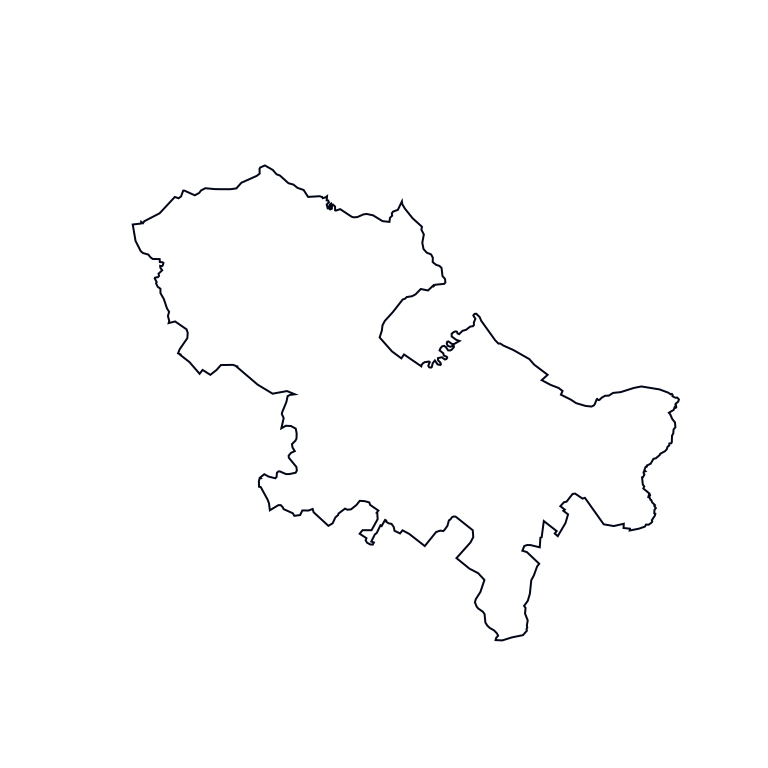 the district of Tulang Bawang Barat, Lampung, Indonesia, rotated 128°
{"feature_id": "22746128B7348236235073", "entity_name": "Tulang Bawang Barat", "entity_type": "district", "adm_level": 2, "iso_a3": "IDN", "parent_name": "Indonesia", "parent_adm1": "Lampung", "projection": "albers", "projection_center": [105.087, -4.433], "detail": "fine", "context": "isolated", "style": "outline", "palette": "ink", "viewbox_px": 768, "rotation_deg": 128, "n_neighbors": 0, "source": "geoboundaries", "source_scale": "gbopen_adm2", "svg_char_len": 6151}
<svg xmlns="http://www.w3.org/2000/svg" viewBox="0 0 768 768"><g transform="rotate(128 384 384)"><path d="M486.6,565.2L486.0,562.7L486.5,562.7L486.5,550.7L489.5,535.6L484.6,535.6L483.7,526.5L476.1,524.6L469.5,524.2L461.9,514.8L460.6,510.8L461.1,510.9L462.3,483.2L460.2,465.8L449.3,456.1L447.0,447.9L450.3,451.2L452.8,452.5L458.4,449.8L469.2,446.8L470.6,446.0L472.6,442.1L482.1,437.6L477.3,435.6L474.4,431.4L473.5,426.1L476.7,422.4L480.8,419.4L483.2,418.9L488.1,419.5L490.4,416.9L491.8,413.0L495.5,414.9L499.2,415.0L500.7,413.6L503.3,402.0L505.8,399.4L508.3,399.0L513.2,403.1L515.3,405.7L517.0,412.3L517.9,413.4L519.8,413.7L523.5,411.4L525.2,411.6L528.0,417.9L528.8,422.8L533.9,424.0L534.1,423.0L535.1,423.9L537.7,422.7L541.9,419.2L541.1,417.7L546.7,404.7L548.8,401.2L553.8,396.2L544.6,392.7L543.0,390.8L543.4,388.1L544.4,386.0L542.0,376.3L543.1,373.5L538.9,369.4L533.9,370.5L530.2,365.6L526.4,363.3L528.4,360.5L530.0,340.5L525.4,338.7L519.0,340.2L515.7,339.5L514.1,340.1L506.2,338.0L505.6,335.4L503.0,332.8L496.2,331.2L491.0,331.2L488.1,326.9L486.4,322.7L487.8,320.4L487.2,310.5L489.9,310.5L489.7,310.0L494.4,305.8L506.9,303.8L512.4,310.9L517.0,311.0L516.3,302.9L518.5,302.2L519.5,299.7L518.9,296.1L517.5,294.0L515.1,294.4L516.0,297.0L513.6,297.5L508.2,298.6L505.9,298.0L497.5,299.8L497.4,298.4L490.5,299.5L490.2,298.2L491.2,297.4L490.8,294.2L489.6,292.0L490.7,288.2L493.2,285.4L491.9,279.4L487.9,279.3L486.6,271.9L486.6,252.1L468.5,251.8L464.8,249.3L463.6,246.9L462.2,246.5L456.7,246.7L451.5,248.9L450.0,248.3L447.1,248.4L445.5,247.5L444.4,245.8L444.6,224.0L449.7,219.4L455.7,218.3L476.6,219.7L476.9,202.9L475.1,193.3L476.6,184.2L488.5,180.0L497.0,179.2L500.0,178.0L502.3,174.1L502.9,171.7L502.6,165.9L503.4,163.1L509.6,157.2L510.8,153.8L511.1,150.6L510.4,145.4L511.0,141.4L512.1,139.1L515.1,139.3L517.1,138.4L513.2,132.9L504.9,127.2L496.4,119.9L490.5,119.5L489.2,120.9L487.8,121.1L486.3,122.8L481.8,125.2L478.1,131.5L473.3,134.6L472.6,137.0L466.4,137.2L459.5,139.9L448.0,147.1L442.4,148.1L433.6,151.0L430.1,151.0L428.5,168.0L430.2,172.3L425.3,173.7L422.7,172.0L420.7,169.3L416.8,160.7L408.9,166.1L407.7,165.4L393.6,173.7L393.6,157.4L396.7,157.4L396.9,153.4L381.8,155.4L373.4,158.7L373.5,164.6L371.7,164.2L371.7,169.8L366.4,169.4L364.3,167.7L354.7,167.7L352.7,166.0L352.1,157.0L350.0,155.6L359.3,124.5L354.5,115.5L346.5,109.0L350.0,106.6L346.6,101.1L348.2,100.2L341.0,94.0L335.7,90.6L333.5,91.0L331.9,88.8L328.3,87.8L327.1,88.0L326.4,89.1L321.0,89.5L319.2,90.3L319.5,91.4L316.7,93.4L314.4,93.4L313.7,95.9L312.6,95.9L312.2,99.7L310.9,102.0L311.2,102.7L310.1,104.6L310.3,105.7L308.0,105.7L307.7,106.1L309.2,106.6L306.9,107.6L306.7,115.3L304.5,115.9L303.9,118.1L298.7,123.2L298.0,122.6L295.1,123.0L294.2,124.8L293.3,125.2L291.8,124.3L291.8,125.7L288.5,126.8L287.2,126.0L286.5,126.7L282.7,124.8L277.0,125.6L275.3,124.1L270.2,123.0L269.0,123.4L264.0,121.2L261.3,121.0L258.9,121.9L256.9,121.4L255.2,122.5L253.8,121.2L252.8,121.3L247.4,125.2L244.7,125.7L241.6,127.8L238.6,127.8L235.1,131.1L234.2,135.1L231.7,139.8L231.3,141.8L226.0,139.8L223.4,140.7L223.2,139.5L222.5,139.3L220.9,140.9L221.0,141.6L219.8,142.0L216.8,141.3L214.6,142.1L214.2,144.6L215.5,146.0L216.0,149.1L214.9,149.8L214.6,151.1L215.6,151.6L215.8,154.6L218.6,163.5L227.5,179.7L233.3,184.7L244.7,192.5L250.0,198.0L254.8,199.7L257.1,202.5L260.7,204.0L263.8,204.4L264.7,205.1L264.5,206.8L265.1,207.0L270.1,205.5L271.9,205.5L274.1,206.7L277.2,211.7L280.8,220.8L281.3,227.2L283.5,238.0L279.6,239.0L279.6,243.9L282.1,252.1L283.9,262.1L276.0,260.7L276.3,277.5L274.9,284.8L277.6,303.1L280.2,313.5L280.5,317.3L281.7,318.7L281.1,323.3L274.3,346.4L272.4,349.7L271.8,354.5L273.0,355.8L275.0,355.8L276.4,352.1L280.1,351.1L282.3,349.4L283.7,349.5L285.7,351.4L290.8,352.7L293.8,354.9L298.5,355.5L298.9,357.2L297.9,358.7L298.4,359.9L300.0,361.0L302.8,361.6L304.9,359.9L304.7,354.2L303.6,351.0L309.6,353.5L310.6,355.1L310.8,359.4L311.8,360.2L313.3,359.6L314.7,357.4L313.8,354.6L311.8,353.5L311.2,352.1L312.0,351.6L315.3,351.8L316.7,352.4L318.0,354.1L316.8,358.0L316.9,360.1L318.6,361.4L321.2,361.5L323.3,360.9L323.3,356.2L324.7,354.4L323.9,351.3L324.3,350.4L325.9,350.2L327.2,351.1L327.3,354.9L330.4,357.4L332.1,355.9L332.4,352.8L333.4,351.3L334.3,351.3L335.6,353.9L334.1,358.4L337.7,358.4L341.1,356.8L342.2,357.1L343.0,358.7L342.7,359.7L342.0,360.5L338.6,361.4L338.6,362.4L341.8,365.4L343.5,366.0L345.7,366.2L347.1,365.5L348.4,386.4L353.1,386.1L353.4,397.8L350.0,416.1L343.4,418.5L338.7,421.3L333.8,422.2L322.0,421.3L305.9,421.3L304.0,420.0L301.5,419.6L297.5,415.9L293.8,414.3L286.5,413.5L283.2,406.9L275.9,405.8L276.3,405.1L274.3,404.8L268.0,398.2L266.3,398.1L263.7,400.5L262.9,404.4L257.1,410.1L256.8,413.0L258.0,416.3L258.0,419.8L257.9,420.7L254.4,423.3L252.9,426.6L254.2,431.3L253.3,436.0L249.1,440.8L241.6,444.7L239.4,449.5L236.7,450.9L235.8,463.5L232.9,475.6L231.0,480.4L229.1,482.3L238.2,480.3L242.6,483.0L244.7,482.9L246.3,481.2L249.4,481.6L252.9,479.5L256.6,485.5L257.8,496.4L260.7,502.4L263.0,504.6L268.9,507.8L271.4,510.6L272.1,512.5L273.2,526.2L277.0,528.7L277.2,529.5L274.3,531.8L274.1,534.8L275.2,535.0L278.0,533.0L279.6,533.9L279.6,534.9L275.2,536.0L274.5,536.8L276.0,537.1L279.6,536.2L280.2,536.6L277.8,539.7L274.7,539.3L273.8,541.0L274.6,542.2L271.1,544.5L273.0,545.0L275.3,546.7L274.7,547.8L275.7,550.4L283.3,559.0L280.6,566.8L282.7,572.9L282.6,578.1L284.6,582.9L283.8,594.4L284.9,597.7L283.8,603.5L285.1,612.4L289.6,614.8L291.0,614.6L294.8,611.5L298.3,612.4L313.2,620.3L320.8,620.8L325.1,625.0L334.4,637.0L339.7,645.3L344.0,647.3L347.3,647.3L351.8,649.3L354.5,660.4L355.2,661.3L361.1,659.4L364.1,660.2L365.4,664.0L387.6,665.9L403.3,673.1L405.7,672.9L405.7,675.2L407.2,674.3L413.0,680.2L424.2,667.9L429.1,657.5L429.2,654.6L427.1,649.4L427.9,646.3L427.9,643.3L423.7,637.7L425.9,635.7L424.4,633.4L424.4,632.3L426.9,631.3L427.9,631.6L428.7,633.1L430.1,631.8L430.9,628.8L435.9,629.6L437.3,627.8L438.9,627.9L441.2,629.9L442.0,629.7L443.6,625.9L445.0,625.6L446.7,622.2L446.6,618.8L450.0,616.1L452.6,609.8L458.1,601.5L459.4,597.8L463.5,596.1L466.5,592.1L468.6,591.2L463.3,587.1L462.5,573.2L464.6,570.1L469.0,567.2L482.4,566.4L486.6,565.2Z" fill="none" stroke="#020617" stroke-width="2"/></g></svg>